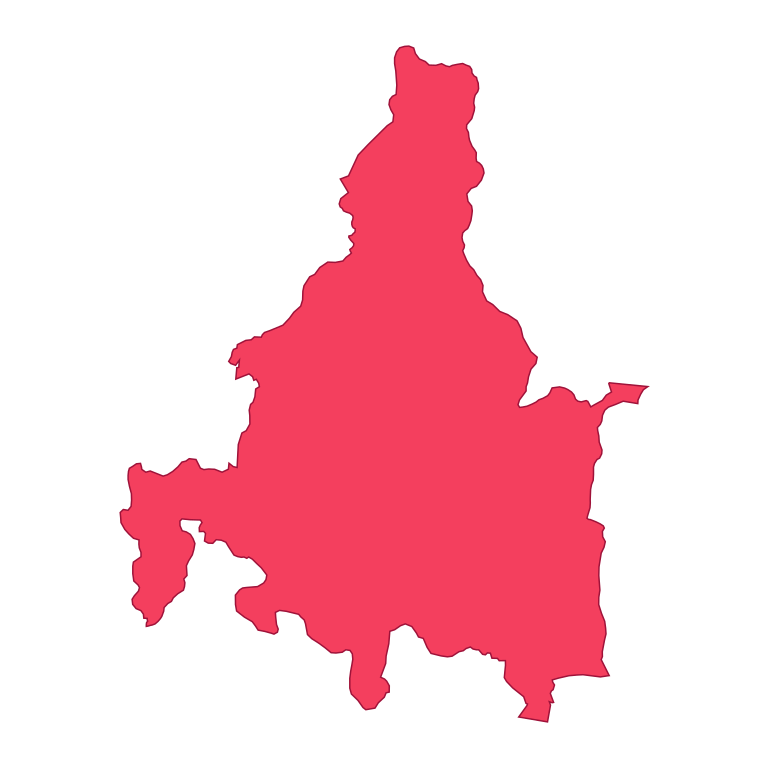 Miahuatlán, Veracruz, Mexico (orthographic projection)
{"feature_id": "50627088B71678919151694", "entity_name": "Miahuatlán", "entity_type": "district", "adm_level": 2, "iso_a3": "MEX", "parent_name": "Mexico", "parent_adm1": "Veracruz", "projection": "orthographic", "projection_center": [-96.884, 19.731], "detail": "fine", "context": "isolated", "style": "filled", "palette": "rose", "viewbox_px": 768, "rotation_deg": 0, "n_neighbors": 0, "source": "geoboundaries", "source_scale": "gbopen_adm2", "svg_char_len": 6097}
<svg xmlns="http://www.w3.org/2000/svg" viewBox="0 0 768 768"><path d="M599.0,566.8L601.2,553.1L604.0,547.3L605.3,541.7L602.7,536.8L602.4,531.4L604.3,528.1L603.3,525.9L600.2,523.9L595.9,521.8L590.4,519.6L588.5,519.4L587.0,518.3L587.6,515.7L590.0,507.7L590.3,502.9L590.2,499.4L590.6,489.4L591.5,484.6L593.2,480.2L593.5,474.4L593.5,467.0L594.5,463.4L597.0,459.5L599.6,458.1L601.7,453.8L602.0,450.0L599.2,442.1L598.8,435.9L597.7,430.7L597.4,427.5L600.3,424.3L601.8,420.9L602.5,415.3L604.8,410.2L608.4,407.1L615.6,404.4L623.2,401.2L637.8,403.6L638.0,400.0L640.6,394.3L643.4,389.7L647.8,386.6L609.3,382.8L608.8,383.6L611.5,392.0L606.3,395.1L602.4,400.4L593.8,405.1L590.8,406.9L587.8,401.4L586.2,400.6L581.2,401.9L577.7,401.1L575.5,399.1L573.9,394.8L571.5,392.0L567.9,389.6L564.7,388.1L559.6,386.9L552.1,387.9L549.9,392.8L547.7,395.7L543.0,398.3L538.9,399.8L536.2,402.0L532.5,403.9L527.1,406.2L522.4,407.1L519.6,407.4L518.0,404.7L519.5,399.9L526.1,391.0L526.1,386.7L527.5,383.0L528.5,376.8L531.0,369.1L535.9,363.5L537.2,357.2L530.9,351.7L523.0,337.5L520.9,328.3L517.1,320.9L508.0,314.8L499.7,311.4L492.9,304.7L486.7,300.9L482.5,291.8L483.0,285.5L480.6,279.6L476.9,275.4L473.7,269.7L469.8,265.9L466.6,260.3L463.8,253.8L462.7,250.7L464.1,247.8L464.5,245.0L462.7,241.3L462.0,237.5L462.7,233.0L464.7,230.7L467.6,228.6L469.2,225.2L470.9,220.6L471.9,214.4L472.3,210.7L471.6,206.0L468.0,201.4L466.8,193.9L471.2,188.4L476.5,186.3L481.4,180.1L484.0,173.0L483.3,168.9L481.7,165.5L479.4,163.1L476.6,161.5L476.1,158.1L476.3,152.7L474.7,149.9L472.1,146.4L469.6,140.4L468.9,137.1L468.4,132.4L466.5,128.6L466.7,124.8L471.8,118.6L474.2,110.7L474.6,107.2L473.7,103.2L474.2,98.8L475.1,95.2L477.7,91.6L478.6,88.7L478.2,83.1L477.1,80.2L476.5,77.4L474.1,76.0L472.0,73.0L471.7,69.5L469.7,66.4L466.1,65.1L462.7,63.5L457.1,64.4L452.3,65.4L449.5,66.7L445.9,65.9L441.6,63.7L436.0,65.3L429.1,65.1L425.4,61.6L419.4,59.0L415.4,53.6L413.7,48.0L408.9,46.1L404.6,46.4L399.7,47.8L396.6,51.8L394.6,57.8L394.6,63.6L395.8,71.0L396.8,85.2L396.1,94.5L392.4,96.3L389.7,99.7L389.0,104.6L390.9,109.8L393.7,114.7L392.9,121.8L387.2,125.7L368.2,144.5L358.2,155.0L348.5,175.9L340.3,179.0L348.4,192.6L340.8,198.6L339.2,203.9L340.2,206.9L342.3,208.4L343.5,210.8L346.3,212.1L349.8,213.2L352.7,215.6L353.1,217.5L352.7,219.8L351.8,222.0L351.8,224.5L352.4,226.5L353.4,227.9L355.1,228.7L355.2,230.6L354.8,232.3L353.2,233.6L351.8,235.3L348.9,236.0L348.8,237.3L350.6,240.0L353.8,243.5L353.6,245.7L352.1,247.7L349.8,249.5L350.2,250.9L351.4,253.0L350.0,254.4L346.1,257.3L342.9,261.0L335.3,262.4L327.8,262.1L319.8,267.5L314.7,274.4L309.7,276.8L304.0,285.7L302.9,291.1L302.6,300.0L300.7,306.2L293.8,312.3L289.5,318.2L282.9,325.2L269.9,330.6L264.5,332.5L262.4,334.7L261.3,337.2L254.4,336.9L251.2,339.8L245.8,340.4L237.4,344.6L236.8,348.2L233.5,349.4L232.2,352.3L231.4,356.6L228.7,361.4L230.7,363.5L235.6,365.3L239.4,360.1L238.7,367.4L236.8,367.7L235.8,379.1L249.0,373.9L252.6,376.7L253.8,380.3L256.3,379.3L258.7,383.2L259.4,386.7L255.7,389.0L254.9,396.8L253.0,402.3L250.6,404.4L249.2,410.1L249.8,415.6L249.9,424.0L246.2,430.7L241.9,433.0L238.3,444.5L237.1,467.5L233.2,466.6L229.0,463.2L228.4,469.2L222.1,472.2L214.7,469.3L208.7,469.0L203.9,469.6L200.4,468.2L196.0,459.5L189.2,458.7L185.9,461.1L181.9,462.1L178.0,466.8L172.8,471.4L167.3,474.8L163.1,476.1L150.2,471.0L145.8,472.2L141.8,469.4L141.5,467.1L140.5,463.4L136.4,463.8L132.6,466.4L129.4,468.3L128.5,471.3L128.1,475.4L128.1,479.5L129.5,486.5L131.4,493.6L131.6,500.1L131.1,506.4L128.0,510.3L123.3,509.5L120.2,512.5L120.7,517.7L121.0,522.6L124.8,529.4L128.8,533.9L133.5,538.3L139.0,539.9L138.9,544.2L139.3,547.9L141.0,552.4L141.0,556.8L133.4,562.1L132.8,566.1L132.8,573.7L133.8,581.0L138.1,585.0L139.5,587.6L138.4,591.2L134.4,595.7L132.1,599.3L132.7,604.4L136.1,608.6L140.9,610.6L143.4,614.1L143.8,618.2L147.2,618.4L147.2,619.6L147.7,621.2L146.9,622.1L146.5,622.9L146.3,624.8L146.3,626.4L148.4,626.0L150.2,625.4L152.2,625.0L155.1,623.9L158.0,621.4L160.4,618.6L161.8,616.4L163.7,611.2L164.1,607.5L167.8,603.5L171.4,601.4L173.3,597.8L177.8,593.7L183.4,590.2L184.5,586.6L184.9,582.7L183.8,579.0L187.0,575.5L186.4,565.7L188.6,560.9L192.3,554.9L193.8,549.6L194.9,543.5L193.0,538.6L190.4,534.4L186.3,531.9L182.2,530.8L180.0,525.7L179.9,521.1L182.0,518.9L190.2,519.7L200.5,520.0L202.0,522.6L200.3,525.1L199.2,527.7L199.4,531.6L203.8,531.4L205.5,533.4L204.5,541.0L208.2,543.1L212.8,543.3L216.2,539.7L221.3,540.2L225.9,542.2L228.5,546.6L234.0,555.1L237.7,556.6L241.4,557.3L244.0,557.0L246.8,558.3L248.7,557.0L252.4,559.2L256.7,563.5L261.2,567.7L266.8,575.0L266.0,579.6L263.7,583.0L257.6,586.6L246.4,587.5L242.6,588.0L239.6,589.9L235.4,595.1L235.5,604.5L236.6,611.0L244.4,617.1L252.3,621.7L255.5,626.0L258.1,630.1L264.8,631.4L271.3,633.2L274.0,634.1L277.4,632.2L278.2,629.1L276.5,624.5L275.7,617.1L275.4,612.4L279.5,610.4L286.3,611.3L298.7,614.3L300.7,616.8L304.2,619.9L305.5,623.7L307.5,634.6L311.8,638.7L318.4,642.9L325.0,647.7L331.1,652.7L335.9,653.0L342.3,652.2L345.8,649.8L350.0,650.4L352.3,653.8L352.8,659.2L351.9,664.8L350.7,671.2L349.8,678.3L349.8,688.2L351.4,694.0L358.0,700.4L363.0,707.5L365.8,709.7L375.0,708.1L378.3,702.8L384.3,697.2L386.1,692.8L389.2,692.1L389.3,685.8L386.7,681.2L384.5,679.0L380.6,677.2L385.7,663.5L386.1,656.1L388.8,643.7L389.8,631.3L394.7,629.7L400.5,625.7L405.3,623.9L411.8,626.5L416.4,633.0L418.5,637.0L423.3,638.4L427.1,647.3L431.0,653.4L441.1,655.9L447.4,656.8L452.1,656.2L459.0,651.7L463.3,650.7L466.1,648.5L470.4,647.0L473.0,649.0L476.5,649.8L478.7,649.8L482.6,654.3L485.4,654.8L487.4,652.9L490.4,653.2L491.9,658.2L497.5,658.4L499.2,660.7L505.4,660.6L505.5,665.3L504.3,677.6L506.6,681.5L512.7,687.9L523.7,696.7L526.0,703.4L527.5,704.0L527.0,705.5L518.7,717.0L547.5,721.9L550.5,705.1L549.3,701.7L552.1,702.7L553.6,702.4L550.3,693.4L551.4,690.9L553.1,689.7L554.5,685.0L552.7,682.1L552.3,679.9L558.5,678.1L569.0,675.7L576.9,675.0L583.0,674.7L600.4,676.9L609.2,675.6L601.2,659.6L602.4,656.6L602.3,651.7L604.5,640.1L606.0,633.9L605.6,628.1L604.7,621.3L601.5,613.4L598.7,604.6L598.8,597.2L599.9,590.1L598.8,575.6L599.0,566.8Z" fill="#f43f5e" stroke="#9f1239" stroke-width="1.5"/></svg>